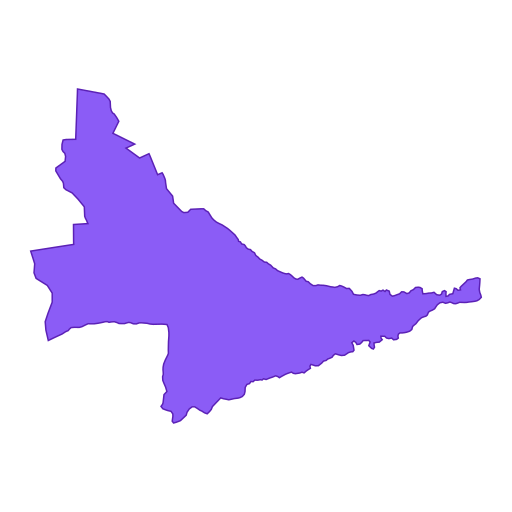 Kajiado North, Rift Valley, Kenya
{"feature_id": "3690345B68273600363858", "entity_name": "Kajiado North", "entity_type": "district", "adm_level": 2, "iso_a3": "KEN", "parent_name": "Kenya", "parent_adm1": "Rift Valley", "projection": "orthographic", "projection_center": [36.729, -1.37], "detail": "fine", "context": "isolated", "style": "filled", "palette": "violet", "viewbox_px": 512, "rotation_deg": 0, "n_neighbors": 0, "source": "geoboundaries", "source_scale": "gbopen_adm2", "svg_char_len": 5262}
<svg xmlns="http://www.w3.org/2000/svg" viewBox="0 0 512 512"><path d="M479.8,282.7L480.0,278.8L477.7,277.8L475.5,278.1L472.5,279.1L469.6,279.5L467.4,280.0L466.2,281.6L461.2,286.3L460.0,287.7L460.5,289.9L458.0,290.3L456.2,288.7L454.4,288.2L452.8,293.7L449.5,294.4L448.0,296.0L446.0,296.4L445.9,293.7L446.1,291.7L444.5,290.6L442.3,291.6L441.5,294.1L439.6,295.2L436.7,294.7L434.0,292.3L431.3,293.0L428.8,293.1L426.0,293.6L422.9,293.8L422.3,291.1L422.1,288.7L420.1,287.5L418.3,287.2L415.5,287.5L413.4,289.6L410.9,290.8L409.2,292.9L406.9,293.6L403.9,291.9L401.6,291.8L399.6,293.8L397.3,294.6L394.7,295.6L392.4,296.2L390.0,294.4L389.2,291.1L386.4,290.0L385.0,291.5L383.0,290.1L381.2,291.1L379.2,290.6L377.7,291.7L375.8,293.2L373.4,294.1L370.9,294.5L368.7,295.6L366.7,295.3L365.0,294.8L362.9,294.5L360.3,295.3L356.9,295.0L353.5,294.3L352.0,291.4L349.3,288.4L346.5,288.5L343.8,287.0L341.5,286.0L339.7,285.5L337.7,286.7L334.8,287.4L332.7,287.0L330.8,286.8L328.8,286.3L326.3,285.7L323.4,285.3L320.5,285.2L318.0,284.9L315.9,285.6L313.1,285.6L310.1,283.6L308.2,281.7L306.2,281.3L303.5,278.1L302.0,277.1L300.0,278.0L297.7,279.3L295.9,279.0L294.1,278.0L291.9,275.9L290.5,274.7L288.5,273.5L286.7,273.9L284.9,273.6L282.7,272.9L280.4,271.9L277.5,270.6L275.6,268.9L273.2,267.9L270.7,265.2L268.2,263.7L266.7,262.3L264.4,262.1L262.1,260.3L259.7,259.0L258.1,257.2L255.8,255.5L254.5,252.8L251.9,251.3L250.5,249.6L248.3,249.2L246.3,247.7L245.4,246.0L244.2,244.6L241.6,243.9L240.4,241.9L238.6,241.3L238.2,239.5L236.5,237.2L235.1,235.1L233.7,233.8L231.8,232.1L229.9,230.4L227.6,228.5L225.0,226.8L222.1,224.9L219.3,223.6L216.4,222.1L213.6,219.8L211.7,217.7L209.8,214.6L208.2,212.0L205.8,210.7L203.7,208.8L201.1,208.8L190.7,209.3L187.8,212.3L183.8,212.6L181.7,211.5L173.6,203.2L173.3,200.8L172.6,196.1L166.5,188.7L165.6,182.7L165.4,180.4L164.9,178.6L163.1,174.4L162.1,172.8L157.6,174.7L150.1,156.2L149.0,153.7L139.6,158.0L126.0,148.1L134.7,144.1L112.9,133.3L118.8,121.3L116.7,117.6L114.2,114.0L112.6,113.0L111.3,110.8L110.5,107.6L110.2,101.4L108.9,99.0L106.4,96.3L104.1,94.0L77.5,89.0L77.4,93.1L75.7,139.3L66.1,139.5L63.1,140.0L62.0,144.4L61.9,149.3L63.0,151.5L64.8,153.3L65.6,156.4L65.1,161.3L62.8,163.0L58.5,166.1L55.9,168.0L55.8,170.9L57.4,173.6L60.5,178.8L62.6,181.3L63.4,183.2L63.6,185.2L63.8,187.7L65.9,189.7L72.1,192.9L78.0,199.1L84.3,206.8L84.7,216.3L85.4,218.2L86.5,220.3L87.9,223.6L73.5,224.5L73.6,241.2L73.7,244.4L53.6,247.5L30.7,251.1L33.7,260.5L34.7,263.8L34.0,272.8L36.1,278.4L47.3,285.4L52.2,293.1L52.2,302.2L48.0,313.3L45.2,321.7L45.9,330.1L48.3,340.5L54.5,337.5L57.5,336.1L62.1,334.0L65.6,331.7L68.2,330.6L69.4,329.1L71.1,327.6L74.5,327.3L79.3,327.4L81.9,326.7L85.3,325.0L88.1,323.7L90.4,323.8L94.1,323.8L97.1,323.4L99.9,322.9L102.8,322.3L105.2,321.7L107.3,321.6L109.0,322.3L111.5,321.9L114.3,321.7L117.1,322.6L119.0,323.5L121.7,323.6L124.5,323.6L126.7,322.9L128.7,322.4L130.7,322.7L133.3,323.8L136.3,323.9L139.2,322.9L141.2,322.8L147.2,323.3L150.0,324.0L153.2,324.3L161.9,324.1L167.0,324.5L168.3,327.6L168.9,332.6L168.9,335.9L168.5,341.5L168.4,345.3L168.3,350.1L168.4,353.4L167.7,355.2L165.3,360.0L163.7,364.0L163.1,367.2L163.0,369.8L163.2,372.0L163.3,374.3L162.6,376.7L162.8,380.4L164.0,383.4L165.6,387.1L166.9,391.5L164.0,394.6L163.1,402.5L162.6,404.2L161.0,406.4L162.9,408.8L165.5,409.8L167.9,410.6L171.0,411.3L172.8,413.9L172.9,416.2L172.2,421.2L173.6,423.0L176.1,422.3L178.8,421.3L180.5,420.6L186.2,415.2L187.0,412.3L189.3,408.9L192.2,406.8L194.7,406.8L197.3,408.4L200.0,410.3L201.7,411.0L204.5,412.8L207.2,413.8L209.5,411.6L211.3,409.4L212.4,406.6L214.1,404.8L220.7,397.9L223.3,398.7L226.5,399.3L228.8,399.8L230.7,399.4L234.1,398.6L238.1,398.1L240.0,397.6L242.3,396.5L244.3,394.3L245.0,391.6L245.2,387.4L246.9,384.4L249.5,383.6L250.9,381.5L253.1,381.7L254.8,380.1L257.7,380.2L260.3,379.7L262.1,380.0L263.5,378.8L266.1,379.5L269.5,378.1L272.5,377.1L275.7,375.8L277.9,376.6L279.4,377.7L281.7,376.3L285.4,374.3L287.6,373.4L289.6,372.7L291.5,372.1L293.3,373.3L295.4,373.7L299.7,373.0L302.0,372.2L304.1,372.9L306.4,370.9L308.6,369.4L310.4,368.3L309.9,366.2L310.9,364.4L313.3,365.1L315.3,365.8L318.4,365.7L321.7,363.1L323.5,361.1L326.2,360.4L327.6,359.1L329.7,358.3L332.1,357.2L333.4,355.3L335.4,353.8L338.6,354.8L341.4,355.5L344.6,355.2L348.5,352.6L350.8,351.9L352.8,351.7L354.0,350.2L353.2,345.3L351.8,342.7L353.9,341.0L355.8,342.4L357.0,344.5L359.8,344.1L361.7,342.4L363.1,340.6L364.9,340.5L366.8,340.5L368.8,340.4L370.1,342.0L368.8,345.7L371.6,348.4L373.4,349.0L374.5,347.2L374.1,345.1L374.0,343.0L376.3,342.4L379.3,342.1L382.2,339.7L381.0,338.0L380.9,336.2L384.8,336.3L386.5,338.0L388.8,338.6L391.7,338.1L393.6,339.8L396.6,339.4L398.3,338.1L397.9,336.0L398.5,334.0L400.0,332.9L402.4,332.9L404.8,332.6L406.7,332.2L409.7,331.2L411.8,329.5L412.6,326.5L414.1,325.1L415.9,323.7L418.2,320.7L419.7,319.3L421.5,317.7L424.1,316.7L425.9,316.2L427.3,315.0L428.5,312.1L430.2,311.0L432.2,310.2L434.6,308.8L436.1,306.5L437.3,304.8L439.9,302.8L442.8,302.2L445.5,303.3L447.8,302.8L449.9,302.0L451.6,302.6L453.7,303.6L455.8,303.7L457.9,303.0L459.6,302.3L462.2,302.4L464.2,302.5L466.7,302.4L468.9,302.0L471.9,301.7L474.7,301.3L476.9,300.8L479.2,299.5L481.3,297.3L480.8,295.1L479.8,292.6L479.2,289.3L479.6,285.3L479.8,282.7Z" fill="#8b5cf6" stroke="#5b21b6" stroke-width="1.5"/></svg>